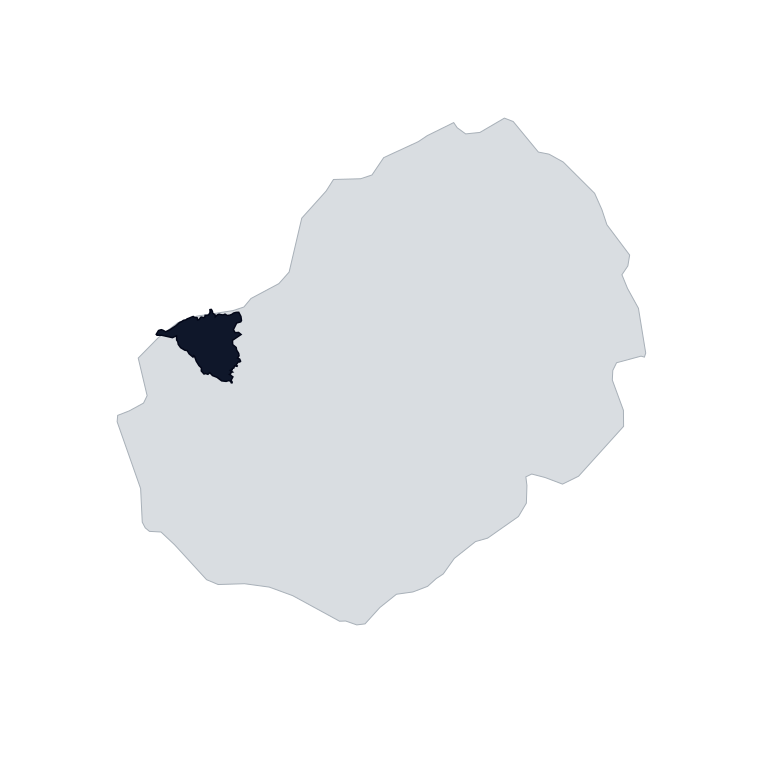 Gevgelija, Gevgelija, North Macedonia shown in context, rotated 157°
{"feature_id": "65306769B17532316382540", "entity_name": "Gevgelija", "entity_type": "district", "adm_level": 2, "iso_a3": "MKD", "parent_name": "North Macedonia", "parent_adm1": "Gevgelija", "projection": "equal_earth", "projection_center": [22.386, 41.253], "detail": "fine", "context": "in_parent", "style": "filled", "palette": "ink", "viewbox_px": 768, "rotation_deg": 157, "n_neighbors": 0, "source": "geoboundaries", "source_scale": "gbopen_adm2", "svg_char_len": 3197}
<svg xmlns="http://www.w3.org/2000/svg" viewBox="0 0 768 768"><g transform="rotate(157 384 384)"><path d="M349.3,201.7L361.3,203.2L387.4,196.0L403.7,186.0L411.9,184.5L422.9,180.7L438.7,181.3L454.7,185.6L475.1,179.9L495.2,170.6L503.2,172.9L511.9,180.8L517.6,183.0L550.8,224.9L569.0,241.9L590.5,254.7L615.0,264.2L623.8,273.2L639.6,317.9L647.1,334.9L657.5,340.0L660.0,344.9L660.5,351.3L648.9,382.8L644.4,453.5L641.4,459.2L629.1,458.8L612.8,460.4L606.6,465.8L600.1,503.9L573.8,514.8L549.9,521.0L529.8,519.6L494.5,510.6L482.9,509.6L473.0,514.7L441.5,517.5L427.6,524.1L394.9,568.8L361.9,584.2L350.6,592.0L325.4,582.1L313.4,581.1L295.8,592.5L257.6,593.7L247.2,595.7L217.7,597.4L216.5,591.3L211.1,582.3L197.4,578.1L169.3,581.7L162.5,575.1L151.3,537.2L142.3,531.1L132.3,518.3L115.6,477.2L115.3,459.2L116.6,443.5L107.5,406.7L113.4,397.4L122.3,391.6L122.5,376.8L120.2,354.3L131.0,310.2L133.8,307.0L136.5,309.2L161.6,312.7L168.1,307.1L172.3,298.4L173.9,266.2L180.0,251.4L240.9,223.1L258.8,222.1L272.4,235.1L283.2,243.4L289.7,243.1L292.1,234.7L299.5,218.7L312.0,209.5L349.0,201.6L349.3,201.7Z" fill="#d9dde1" stroke="#a8b0b8" stroke-width="1"/><path d="M506.4,466.6L505.8,468.9L506.4,472.8L505.8,475.4L507.9,479.4L506.4,483.4L496.2,485.4L497.7,488.3L501.0,489.4L501.4,492.9L495.8,497.7L491.6,497.2L490.4,498.1L489.3,502.1L489.7,506.8L490.3,506.9L491.1,507.4L492.6,507.8L494.9,508.1L496.4,507.6L498.4,507.6L498.9,507.6L501.1,508.2L502.1,508.8L502.2,509.1L502.3,509.5L502.9,510.3L503.6,510.5L504.0,510.4L504.8,510.4L505.4,510.6L506.9,511.5L508.5,512.7L509.5,512.8L510.6,512.7L511.3,512.4L512.1,512.1L513.0,511.8L512.6,512.7L512.5,513.8L512.6,514.1L512.8,514.2L513.1,514.5L513.6,515.5L513.9,516.1L513.9,516.9L513.6,517.7L513.6,518.8L513.8,520.1L515.0,520.5L515.3,520.4L515.4,520.1L515.3,519.8L516.3,517.7L518.2,516.3L518.7,516.1L519.2,516.2L520.3,516.4L521.4,516.9L521.8,517.1L522.3,516.5L522.7,515.7L523.1,515.6L523.8,515.6L524.0,515.5L525.3,516.5L526.2,517.1L527.9,516.3L528.1,515.9L528.7,515.6L530.2,515.6L530.7,515.9L530.7,516.1L530.5,516.3L530.2,516.8L530.1,517.5L530.1,517.8L530.2,518.2L531.0,518.6L531.7,518.8L531.9,519.0L532.7,519.6L532.9,520.2L533.2,520.7L534.2,520.8L536.6,520.8L537.9,520.8L539.8,520.9L540.5,520.7L541.2,520.5L541.9,520.5L543.1,520.9L544.1,520.9L545.2,520.6L547.2,520.4L547.4,520.6L548.9,520.3L550.8,519.6L552.9,518.9L555.1,518.5L558.9,517.8L559.1,517.7L559.4,517.7L559.6,517.6L562.5,517.5L564.8,517.4L565.0,518.0L566.5,519.9L567.5,520.8L567.8,521.0L569.8,521.3L570.4,521.3L570.7,521.3L574.3,518.7L573.9,517.6L569.7,515.8L560.6,509.3L556.1,509.5L557.7,505.5L557.3,503.6L557.9,500.8L557.0,496.9L554.2,493.0L552.1,491.6L551.6,487.9L549.3,483.4L548.1,484.5L547.6,483.4L547.9,478.4L547.1,473.2L545.8,470.2L547.1,467.4L545.8,463.5L544.1,463.3L542.3,461.7L539.9,462.5L538.6,458.8L535.2,455.5L532.2,450.3L528.3,448.1L525.5,447.8L524.2,446.5L524.1,444.7L523.3,444.5L523.0,445.3L523.3,447.2L520.3,449.6L522.5,453.3L521.0,453.4L520.5,454.5L518.7,454.2L520.1,456.6L518.1,456.4L517.7,457.5L516.0,457.4L514.4,459.1L512.4,457.7L512.0,458.0L512.5,458.9L512.2,459.7L509.4,461.3L508.2,460.6L507.1,461.0L507.1,463.3L508.7,465.1L506.4,466.6Z" fill="#0f172a" stroke="#020617" stroke-width="1.5"/></g></svg>